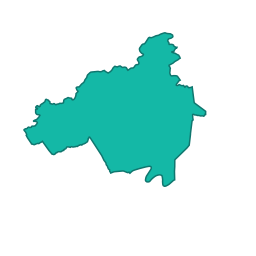 Palestina, Guayas, Ecuador, rotated 236°
{"feature_id": "8360857B38620743711757", "entity_name": "Palestina", "entity_type": "district", "adm_level": 2, "iso_a3": "ECU", "parent_name": "Ecuador", "parent_adm1": "Guayas", "projection": "robinson", "projection_center": [-79.904, -1.631], "detail": "fine", "context": "isolated", "style": "filled", "palette": "teal", "viewbox_px": 256, "rotation_deg": 236, "n_neighbors": 0, "source": "geoboundaries", "source_scale": "gbopen_adm2", "svg_char_len": 5870}
<svg xmlns="http://www.w3.org/2000/svg" viewBox="0 0 256 256"><g transform="rotate(236 128 128)"><path d="M58.9,137.7L66.1,142.3L69.9,145.2L75.3,148.9L75.6,149.7L76.1,152.6L78.5,165.8L79.5,169.1L87.5,176.0L88.7,176.9L98.0,185.0L98.3,186.5L100.5,187.5L103.0,189.1L103.0,189.5L102.5,190.2L101.4,190.7L100.6,191.9L99.7,192.4L99.0,193.5L98.2,194.3L97.6,194.7L96.3,196.7L95.6,197.2L95.4,197.5L95.5,198.0L95.8,198.4L95.8,199.4L96.2,199.6L95.9,200.0L98.4,201.7L111.0,197.3L111.6,197.1L112.3,197.2L126.2,204.2L126.5,202.7L126.8,202.2L127.0,201.6L127.6,200.8L127.9,200.7L129.4,200.6L130.0,200.1L130.3,199.4L130.3,198.8L130.0,198.0L130.7,197.8L131.9,197.9L132.3,197.8L132.5,197.1L132.8,196.6L133.5,195.8L135.2,194.9L135.4,194.5L135.3,193.8L135.5,192.9L135.7,192.5L136.3,192.0L136.7,192.0L137.5,193.1L137.6,193.7L138.3,195.8L138.5,196.0L138.6,196.3L138.5,198.0L143.3,197.9L144.3,197.2L145.2,196.1L146.1,194.7L146.6,193.5L147.1,193.1L147.5,192.8L148.0,192.8L149.3,193.1L150.3,193.4L152.0,194.9L152.9,195.5L153.7,196.4L155.2,196.8L156.4,196.7L156.7,196.9L157.1,197.2L156.8,199.3L156.9,199.9L156.6,201.2L156.9,204.1L156.6,207.9L156.8,209.1L156.7,210.3L158.1,210.6L160.1,210.7L161.7,209.7L163.3,209.0L166.1,206.8L166.4,206.8L166.6,206.9L166.6,207.1L165.8,208.8L166.0,209.2L166.4,209.6L167.3,211.8L167.3,212.2L167.0,212.8L167.1,213.1L167.5,213.7L167.7,213.4L168.1,213.0L169.3,212.2L169.8,211.9L171.3,212.1L172.0,211.8L172.5,211.4L173.3,210.5L174.3,208.9L174.6,208.9L175.6,209.5L176.3,209.6L177.6,209.5L178.2,209.8L178.9,210.7L179.2,211.6L179.1,211.9L178.4,213.9L178.4,215.7L178.5,216.1L178.8,216.4L180.1,216.9L181.3,216.4L182.4,215.8L183.0,215.1L184.1,213.7L185.1,212.7L185.8,212.3L186.4,211.6L186.8,210.5L187.6,207.5L187.8,205.2L188.8,202.8L189.3,199.7L189.8,197.8L190.3,197.2L191.0,196.7L191.2,196.0L191.2,195.3L189.2,190.7L188.6,189.0L188.6,188.7L189.2,187.3L189.2,186.1L187.8,182.5L187.4,181.9L186.9,181.5L185.6,181.0L184.7,180.8L182.4,181.1L180.5,182.0L180.3,181.9L179.9,181.2L179.7,180.6L179.9,179.1L180.1,178.2L180.5,177.4L180.6,176.8L180.2,175.1L179.9,174.4L179.7,174.2L179.3,173.9L177.1,173.8L175.9,173.5L175.3,173.0L175.1,172.3L175.1,171.6L175.3,171.2L175.8,170.4L175.9,169.8L175.8,169.0L175.0,166.9L174.9,166.2L175.0,165.7L175.9,164.1L176.0,163.7L175.9,160.2L176.5,160.1L177.8,160.3L179.0,160.3L179.6,160.0L180.6,158.9L181.0,157.7L181.5,157.2L182.0,156.9L183.6,156.3L183.9,156.1L184.3,155.1L184.6,153.3L185.6,152.3L186.5,151.7L186.4,150.4L186.1,149.1L185.1,147.2L184.7,145.6L184.6,144.6L184.7,142.3L186.4,141.4L188.0,140.7L188.8,140.7L189.4,139.4L189.5,137.9L189.9,136.9L190.3,136.2L191.7,134.8L195.1,128.5L195.1,127.3L194.6,124.2L194.2,123.5L192.9,121.9L192.1,119.5L191.8,118.9L191.0,117.9L190.7,117.1L190.5,116.1L190.4,114.2L189.7,111.6L189.4,111.0L189.4,110.6L190.4,108.7L190.5,108.0L190.3,107.5L189.9,107.3L187.9,106.9L186.5,107.1L186.2,107.0L185.9,105.9L185.7,104.7L185.4,103.9L184.5,103.4L184.1,102.9L183.3,102.0L182.5,100.7L182.0,99.3L182.0,98.9L182.0,98.5L182.4,97.7L183.0,97.4L183.6,97.8L184.0,97.9L184.4,97.7L185.5,96.3L186.4,95.7L186.8,95.2L186.9,93.4L187.0,92.9L187.2,92.3L187.3,91.1L186.8,90.2L185.1,88.7L185.0,88.4L185.4,86.9L186.7,85.1L186.7,84.0L187.5,82.4L187.5,81.8L187.7,81.2L188.1,80.9L189.3,80.6L189.7,80.2L190.1,78.5L191.0,77.9L191.7,77.2L192.2,77.2L193.2,77.8L193.7,77.9L194.6,77.5L195.5,77.6L196.4,76.9L197.4,76.4L197.6,76.1L197.6,75.8L197.4,75.2L196.4,74.0L196.2,73.5L196.2,71.9L196.0,70.8L196.2,70.1L196.2,69.4L195.9,67.8L195.4,67.6L195.2,67.3L195.1,67.0L195.1,66.7L195.3,66.3L196.0,65.8L197.0,65.6L197.1,65.4L197.3,65.1L197.3,64.6L197.0,63.4L196.6,63.0L196.1,62.9L195.7,63.0L195.3,63.8L194.8,63.9L194.6,63.8L194.4,63.5L194.5,63.2L194.9,62.1L194.9,61.7L192.5,60.1L192.0,59.9L190.7,59.9L190.0,60.2L188.5,61.8L188.2,62.0L187.8,62.1L187.6,61.8L186.7,59.7L186.5,58.3L186.1,57.1L186.5,55.6L186.7,54.7L186.7,53.8L186.6,53.6L186.2,53.6L185.7,54.4L185.0,55.2L184.4,55.7L183.6,55.9L183.0,55.7L182.5,54.9L181.7,52.3L182.0,51.5L182.3,50.7L182.9,50.0L183.2,49.4L183.2,49.0L182.7,48.4L182.7,48.1L183.4,46.8L184.2,46.2L184.4,45.9L184.4,45.1L184.2,44.6L184.1,43.5L184.6,42.8L184.7,42.4L184.8,41.4L184.8,41.1L184.6,40.7L184.3,40.6L183.8,40.6L182.3,40.8L180.8,40.7L179.2,40.3L179.0,40.1L178.8,39.5L175.9,39.2L169.5,39.2L169.3,39.3L168.8,39.1L168.5,39.2L168.0,39.8L166.9,40.6L166.5,41.1L166.2,42.9L165.8,44.3L165.5,44.8L165.2,45.0L164.9,45.5L165.0,46.6L164.7,48.7L164.8,49.6L153.6,49.9L148.8,50.4L148.5,50.8L147.5,51.6L147.2,52.5L147.2,52.8L147.6,54.2L147.6,54.6L147.3,55.0L147.3,55.3L147.5,55.5L147.5,55.9L147.2,57.2L146.7,57.8L146.2,58.7L145.8,59.0L145.7,60.3L145.9,61.0L145.3,62.2L145.4,62.4L145.7,62.6L145.9,62.7L145.9,63.8L145.7,64.2L145.6,64.7L145.7,65.1L146.2,66.1L146.4,66.9L146.2,67.3L145.4,68.3L144.2,69.4L144.3,70.3L144.1,70.8L143.0,71.7L142.8,72.2L142.5,72.6L142.2,73.6L141.9,73.9L141.8,74.7L141.0,75.7L141.0,76.2L141.1,77.0L141.0,78.0L140.8,78.2L140.8,78.8L140.7,79.3L140.5,79.6L140.0,79.7L139.9,80.5L139.7,80.6L139.8,81.8L139.4,82.9L139.4,83.5L139.2,84.4L139.4,85.4L139.3,86.1L139.3,86.7L139.7,87.2L140.8,88.6L141.4,89.0L141.6,89.4L141.6,89.9L142.2,90.7L142.1,90.9L141.6,91.2L119.8,90.8L114.5,90.0L111.7,90.2L110.8,89.9L109.9,89.5L109.4,89.4L108.3,89.6L105.2,88.9L104.8,88.9L103.7,89.4L102.5,88.7L100.7,88.6L100.3,88.5L99.7,91.3L99.3,92.4L95.1,100.0L94.6,100.4L91.4,102.6L91.0,103.1L90.8,103.7L90.8,104.1L89.4,104.3L89.7,105.8L89.9,107.9L89.5,109.9L87.9,115.1L85.8,121.0L84.5,124.0L84.0,124.7L83.6,125.1L82.7,125.4L81.7,124.9L80.9,123.8L77.7,116.3L76.6,114.8L75.1,113.4L74.7,113.2L73.9,113.1L72.8,113.5L72.0,114.6L71.7,115.3L71.6,116.0L71.7,116.6L72.3,118.6L72.6,120.5L72.8,122.9L72.7,124.7L72.3,126.2L71.7,127.7L70.9,128.7L69.8,129.4L69.2,129.4L67.9,128.9L65.7,127.8L64.1,126.6L62.0,125.4L60.6,125.0L59.5,125.5L59.1,126.0L58.7,126.9L58.4,129.4L58.4,130.8L59.1,136.2L59.1,137.0L58.9,137.7Z" fill="#14b8a6" stroke="#0f766e" stroke-width="1.5"/></g></svg>